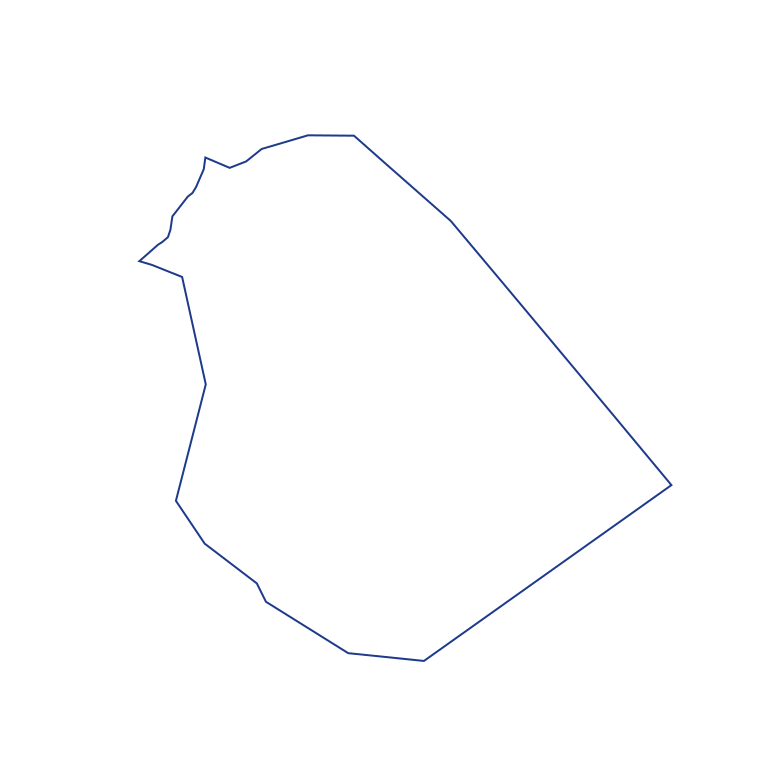 map outline of Ash Sharqiyah North (Albers equal-area conic projection), rotated 250°
{"feature_id": "OMN-5496", "entity_name": "Ash Sharqiyah North", "entity_type": "Region", "adm_level": 1, "iso_a3": "OMN", "parent_name": "Oman", "parent_adm1": "", "projection": "albers", "projection_center": [59.003, 22.366], "detail": "fine", "context": "isolated", "style": "outline", "palette": "blue", "viewbox_px": 768, "rotation_deg": 250, "n_neighbors": 0, "source": "natural_earth", "source_scale": "10m", "svg_char_len": 562}
<svg xmlns="http://www.w3.org/2000/svg" viewBox="0 0 768 768"><g transform="rotate(250 384 384)"><path d="M583.1,196.1L592.1,219.1L593.3,224.3L595.9,231.2L601.9,236.0L613.9,242.5L627.2,263.7L629.1,269.5L633.5,274.9L647.5,288.1L657.9,293.6L639.9,312.9L640.3,330.6L646.7,349.4L643.7,397.6L627.6,440.7L586.6,463.0L514.4,502.5L440.0,529.6L361.6,558.0L276.9,588.6L190.7,619.5L110.1,326.8L143.3,258.3L219.7,198.6L240.1,196.3L295.3,160.9L345.4,148.5L444.6,216.4L553.6,230.9L575.4,206.5L583.1,196.1L583.1,196.1Z" fill="none" stroke="#1e3a8a" stroke-width="2"/></g></svg>